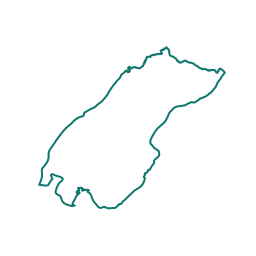 Bener Meriah, Aceh, Indonesia, rotated 119°
{"feature_id": "22746128B4257100474226", "entity_name": "Bener Meriah", "entity_type": "district", "adm_level": 2, "iso_a3": "IDN", "parent_name": "Indonesia", "parent_adm1": "Aceh", "projection": "mercator", "projection_center": [96.897, 4.775], "detail": "fine", "context": "isolated", "style": "outline", "palette": "teal", "viewbox_px": 256, "rotation_deg": 119, "n_neighbors": 0, "source": "geoboundaries", "source_scale": "gbopen_adm2", "svg_char_len": 5617}
<svg xmlns="http://www.w3.org/2000/svg" viewBox="0 0 256 256"><g transform="rotate(119 128 128)"><path d="M220.6,178.1L220.1,176.3L219.5,175.3L218.6,172.7L217.2,170.5L216.5,170.1L214.2,170.1L213.5,169.9L211.1,169.9L209.5,169.4L209.0,169.7L208.1,170.6L206.9,172.4L205.7,172.4L205.4,172.2L205.0,171.5L204.8,168.8L204.2,165.9L203.7,164.4L203.6,162.1L203.8,160.7L204.2,160.3L204.8,160.2L205.6,160.2L206.9,160.5L208.2,161.1L209.5,161.5L211.6,161.6L213.4,161.5L215.1,161.3L218.4,160.6L219.5,160.0L220.0,159.3L220.4,158.3L220.4,157.3L220.3,156.0L220.2,154.9L220.6,154.0L221.9,152.2L222.9,151.3L223.6,150.4L224.1,149.4L224.6,147.9L224.8,146.5L224.7,145.1L223.7,139.7L222.9,138.4L221.8,137.4L221.7,139.1L221.5,139.5L221.0,139.9L214.0,140.0L212.5,140.1L211.1,140.1L210.5,139.8L209.0,138.9L208.3,138.9L208.1,139.0L207.9,139.3L207.9,139.5L208.0,139.8L208.2,140.0L209.2,140.4L209.6,140.7L209.4,141.4L208.7,142.0L207.9,141.7L207.4,141.4L207.1,140.9L206.8,140.7L206.3,140.6L205.8,140.8L205.6,141.0L205.2,142.1L204.9,142.5L204.6,142.5L204.3,142.3L204.0,141.4L203.2,140.5L202.8,139.5L202.9,138.9L203.0,138.8L203.7,138.4L204.3,138.3L204.7,138.1L204.8,137.2L204.6,137.0L204.1,137.0L203.5,137.2L203.1,137.1L203.1,136.6L203.3,136.2L203.2,135.8L202.9,135.1L202.5,134.7L202.0,134.2L201.7,133.8L201.5,132.2L203.3,132.4L203.3,131.6L203.6,130.1L203.9,129.1L204.5,128.0L207.8,124.1L209.1,122.0L209.9,119.5L210.7,117.7L211.3,116.2L211.5,114.8L211.4,113.7L211.1,113.0L210.2,112.3L208.6,110.7L208.3,109.7L208.1,107.5L207.7,106.0L206.0,103.5L204.6,101.2L203.9,100.4L202.8,99.8L201.7,99.5L199.5,99.0L199.5,98.7L198.4,98.3L198.1,97.7L197.2,97.0L196.1,97.2L194.6,96.8L192.1,95.8L189.7,95.2L182.4,92.9L179.3,91.9L174.9,89.4L173.1,88.6L171.7,88.0L171.0,88.1L169.5,87.9L168.1,87.9L166.7,88.2L165.1,88.4L163.7,88.9L163.3,90.2L163.0,90.5L162.6,90.6L161.5,90.3L161.1,90.3L160.0,91.1L159.6,91.2L159.2,91.1L158.8,90.3L158.4,90.1L157.9,90.1L157.3,89.8L156.8,89.6L155.3,90.1L154.4,89.6L154.3,89.1L154.1,88.8L153.6,88.7L150.8,88.8L146.2,88.2L144.1,89.4L143.2,89.3L137.7,87.5L136.4,87.6L135.9,87.9L133.7,89.5L133.3,90.2L133.0,91.3L132.9,93.2L132.7,94.6L132.8,94.9L132.7,95.6L132.4,96.3L131.8,97.3L131.1,99.9L130.6,100.8L130.0,101.4L129.0,102.0L126.8,102.5L124.5,102.7L118.0,102.6L114.1,101.9L111.0,100.9L106.0,99.1L104.6,98.8L103.3,98.6L99.4,98.7L95.4,99.2L93.4,98.9L90.1,98.1L88.2,97.5L86.8,96.7L85.2,95.3L82.4,91.5L80.1,88.7L78.1,87.8L76.1,86.1L74.9,85.4L74.5,84.8L73.8,82.7L72.8,81.7L71.5,81.0L70.2,80.5L69.0,79.7L67.1,79.2L66.3,78.1L65.6,77.7L63.8,76.2L62.1,75.0L59.7,74.0L58.0,73.5L57.7,73.0L57.1,72.8L56.5,72.4L56.0,72.5L53.8,72.0L49.3,71.2L45.9,71.6L44.4,71.6L42.6,71.4L41.1,71.1L39.8,71.0L39.2,71.1L36.3,70.8L35.4,70.5L34.7,70.5L32.9,70.2L32.5,70.3L32.1,71.2L32.0,71.7L31.6,73.1L31.2,75.6L31.8,76.0L31.9,76.5L32.3,76.7L33.1,76.5L33.6,76.6L33.9,76.9L34.3,76.8L34.8,76.5L35.8,76.8L36.1,76.6L36.2,77.0L36.5,77.1L36.6,77.3L36.6,77.9L36.2,78.2L36.0,78.6L35.4,80.6L36.5,82.4L36.7,82.8L36.9,83.0L37.0,83.7L37.3,84.2L38.0,84.7L38.4,84.5L38.5,84.7L38.7,85.3L38.5,86.1L39.0,86.4L38.7,88.4L39.3,89.2L39.4,90.0L39.6,90.5L40.0,91.3L40.6,91.5L40.4,92.8L40.8,94.5L40.5,95.9L40.5,96.3L40.2,96.9L40.2,98.1L40.5,99.2L40.5,99.6L40.1,100.6L39.9,101.9L40.3,104.0L40.7,105.0L40.7,105.5L41.1,106.5L41.4,107.7L41.4,108.7L40.9,109.5L41.3,110.2L41.7,111.3L42.0,111.4L42.4,111.5L43.4,112.2L43.9,112.9L44.3,112.9L45.3,113.6L45.5,114.5L45.8,114.9L45.8,115.3L45.5,115.6L45.3,115.7L45.1,116.3L45.5,116.6L45.4,117.6L45.2,118.0L44.8,118.3L44.5,118.8L44.0,119.9L44.0,121.6L43.8,122.7L43.8,123.4L44.1,124.6L44.1,126.6L44.0,126.8L42.4,128.2L42.0,128.8L41.1,129.0L40.2,129.5L39.3,131.8L38.9,133.5L39.5,133.6L40.0,133.7L40.2,134.0L40.7,134.3L41.2,134.3L41.4,134.5L41.3,134.8L42.2,134.7L42.5,134.9L42.5,135.3L42.9,135.6L43.0,136.1L43.6,136.4L43.8,136.4L44.3,136.7L44.5,136.1L45.5,135.7L45.9,135.2L46.2,134.5L46.8,134.4L46.9,134.5L47.2,135.8L48.1,136.0L48.2,137.1L48.8,137.9L49.0,138.0L49.2,138.3L49.7,138.4L49.8,138.6L49.9,139.2L50.2,139.5L50.7,139.7L50.9,140.0L50.9,140.3L51.3,140.8L51.7,140.9L52.1,141.2L52.3,141.5L52.2,142.0L52.7,142.5L53.4,142.9L54.7,143.0L54.9,142.9L55.0,143.7L55.5,144.5L56.2,144.8L56.5,145.1L57.0,145.6L56.9,146.0L57.1,146.0L57.2,145.9L57.6,145.9L57.8,145.7L58.2,145.7L58.4,145.5L58.8,145.7L59.0,145.6L59.8,145.5L60.4,145.8L60.6,145.1L61.2,145.1L62.1,144.9L62.2,145.5L62.6,145.6L63.3,145.5L63.5,145.6L63.8,145.1L64.1,144.9L64.7,145.2L66.0,145.1L66.4,145.0L66.9,145.4L67.6,145.5L67.8,145.7L68.6,145.9L68.9,146.3L69.3,146.3L69.7,146.7L70.2,146.8L71.1,149.2L71.0,150.0L71.0,150.5L71.2,150.9L71.3,150.9L71.4,151.3L71.6,151.2L71.8,152.1L72.2,152.6L72.8,153.1L73.0,153.5L73.9,153.6L74.7,154.4L74.7,154.7L74.5,155.3L74.3,155.3L74.2,155.7L73.9,155.8L73.8,156.2L74.1,156.7L75.0,156.8L75.5,157.0L75.9,156.6L75.7,155.8L76.0,155.2L76.3,155.1L77.1,154.3L77.2,154.1L77.5,154.2L78.5,154.2L78.6,154.6L78.4,155.1L79.3,155.7L78.9,156.6L78.4,156.9L78.7,157.2L79.0,157.4L79.1,157.6L79.6,158.0L80.4,158.0L81.4,158.2L83.0,159.1L84.1,159.5L85.2,159.7L87.8,159.4L89.1,159.6L92.5,160.7L95.3,160.9L97.6,161.5L102.4,162.0L105.1,162.2L106.5,162.2L107.5,162.1L109.7,162.2L117.1,163.7L118.6,164.3L122.1,165.9L125.4,166.9L126.7,167.7L128.8,169.4L135.6,173.5L136.5,173.5L138.6,172.8L139.1,172.9L139.7,173.2L141.0,174.8L142.0,175.7L143.2,176.5L144.3,177.2L147.9,178.8L151.9,179.8L156.4,181.6L157.6,182.0L161.8,183.1L164.3,183.5L172.0,184.6L178.9,185.2L182.3,185.6L186.3,185.8L187.3,185.6L189.0,185.0L191.2,183.7L192.6,183.0L195.3,182.3L197.1,182.2L198.9,182.3L204.4,183.3L205.5,183.3L206.6,183.0L211.9,179.8L214.8,178.9L216.4,178.6L220.6,178.1Z" fill="none" stroke="#0f766e" stroke-width="2"/></g></svg>